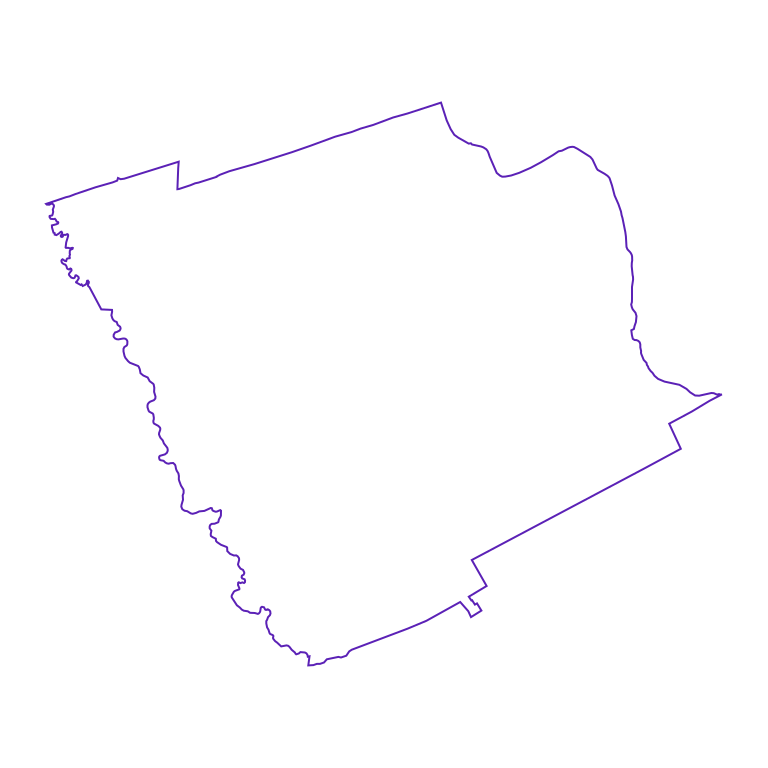 Olteni, Teleorman, Romania
{"feature_id": "2599482B69611777068875", "entity_name": "Olteni", "entity_type": "district", "adm_level": 2, "iso_a3": "ROU", "parent_name": "Romania", "parent_adm1": "Teleorman", "projection": "mercator", "projection_center": [25.276, 44.194], "detail": "fine", "context": "isolated", "style": "outline", "palette": "violet", "viewbox_px": 768, "rotation_deg": 0, "n_neighbors": 0, "source": "geoboundaries", "source_scale": "gbopen_adm2", "svg_char_len": 6015}
<svg xmlns="http://www.w3.org/2000/svg" viewBox="0 0 768 768"><path d="M680.8,448.8L669.2,423.7L691.7,411.6L709.6,400.8L721.9,394.4L720.6,394.6L719.0,394.1L717.0,394.6L713.8,393.2L711.4,393.0L699.2,395.7L695.1,395.5L690.1,392.3L686.5,388.9L679.4,384.8L664.5,381.6L658.1,378.9L654.5,375.8L652.5,372.8L650.7,371.1L648.5,368.1L648.0,366.5L646.9,364.9L646.5,362.9L643.7,359.9L641.3,354.0L641.0,352.9L641.1,351.0L640.3,347.4L640.3,344.3L639.7,342.3L638.3,340.9L636.5,340.1L634.6,340.0L632.8,338.8L631.9,335.0L631.3,330.3L633.9,329.0L634.5,326.2L635.9,322.1L636.5,316.1L635.5,312.8L632.7,309.3L631.9,307.4L631.2,304.5L631.9,302.1L632.0,299.3L632.0,286.9L633.1,279.5L633.0,276.9L632.6,275.0L631.7,266.2L631.8,263.0L632.2,260.4L632.1,256.6L631.8,255.1L631.0,253.4L630.0,252.0L627.5,249.4L626.5,247.0L625.9,236.4L625.3,232.0L622.5,218.1L621.6,215.1L621.0,211.6L618.4,204.1L614.6,195.5L612.0,185.5L609.6,178.3L609.0,177.4L607.5,175.8L604.6,173.8L597.7,169.9L596.7,168.5L592.5,159.5L590.3,156.9L577.5,148.8L574.0,147.0L572.4,146.8L570.0,147.1L568.2,147.6L561.9,150.7L558.6,151.3L552.9,155.1L540.9,162.3L530.7,167.8L519.3,172.8L511.2,175.5L505.2,176.6L502.2,176.7L500.1,175.7L496.7,172.9L489.7,156.7L488.6,153.4L487.7,151.2L486.3,149.3L483.4,147.4L481.1,146.5L472.0,144.5L470.9,143.3L468.7,143.6L458.3,137.7L454.3,134.8L450.7,129.2L446.7,120.4L441.0,102.6L407.5,113.5L393.1,117.5L373.3,124.9L360.6,128.6L351.4,132.1L335.1,136.7L310.9,145.6L291.9,152.2L254.4,164.1L229.4,171.2L220.1,174.7L216.5,176.6L216.5,176.9L198.5,182.6L195.1,183.3L190.5,185.2L179.0,189.0L177.4,189.2L178.2,168.3L178.7,161.7L124.2,178.7L120.6,179.2L118.0,178.0L117.2,180.6L112.6,182.4L95.5,187.3L75.6,194.0L69.4,196.4L66.0,197.2L46.1,203.9L46.8,204.6L49.3,204.7L51.3,203.7L52.4,203.6L53.9,205.3L53.9,206.6L52.8,209.6L53.2,211.8L52.5,214.8L52.0,215.5L49.7,215.9L49.5,216.9L50.4,218.5L50.9,218.9L53.9,219.1L54.9,218.8L55.7,219.7L56.7,221.6L58.1,222.1L58.3,222.7L58.0,223.5L56.2,224.3L51.9,225.4L52.0,227.5L53.5,232.7L54.7,233.2L54.7,234.6L56.4,235.1L58.8,233.6L60.7,231.9L61.5,231.7L62.1,232.6L62.1,233.7L60.8,235.6L60.8,236.1L61.0,236.6L61.9,237.0L62.7,236.6L63.4,235.2L63.8,234.8L65.7,234.9L67.2,234.1L67.6,234.2L68.1,234.9L68.1,236.1L66.2,242.4L65.6,247.5L66.0,247.9L68.6,247.9L69.9,248.4L72.3,247.8L72.8,248.0L72.5,248.9L70.5,249.8L69.8,250.9L69.7,253.4L70.0,254.6L69.4,256.1L69.8,257.7L69.7,258.2L67.3,258.5L66.6,259.4L66.2,261.1L65.0,261.0L62.6,259.3L61.8,259.8L61.4,260.8L61.6,261.9L62.4,263.2L64.4,264.4L65.1,264.5L65.9,265.3L66.6,266.6L66.9,268.0L67.5,268.9L69.1,269.5L70.3,268.5L71.2,268.9L71.5,269.8L71.5,270.5L69.1,273.6L68.9,274.3L69.2,275.2L71.3,277.6L73.2,278.2L74.0,278.1L74.7,277.6L75.5,275.4L76.2,275.3L77.3,276.0L78.5,277.0L78.8,278.3L77.1,281.1L76.2,281.8L76.1,282.4L80.7,285.0L81.6,284.4L82.7,286.0L85.6,284.6L86.6,283.1L87.1,280.8L87.9,280.6L88.9,282.0L88.7,283.2L87.9,284.7L88.2,286.1L89.4,287.1L101.3,309.4L112.0,309.9L112.1,311.8L111.4,315.3L112.3,318.2L113.1,319.7L114.5,321.1L116.7,322.0L117.7,324.9L120.1,326.7L120.6,328.2L120.4,329.2L119.7,330.5L116.8,332.0L115.1,332.4L113.7,334.7L113.6,336.5L113.9,337.1L115.1,338.5L116.7,339.2L118.4,339.4L123.2,338.5L124.9,338.6L126.2,339.3L127.1,340.5L127.4,341.5L127.3,344.2L127.0,345.0L126.6,345.6L124.4,347.0L123.5,348.8L123.5,351.5L124.5,355.9L125.4,357.9L128.1,361.2L129.8,362.7L138.1,366.0L138.8,366.9L139.8,369.4L140.5,373.2L143.3,375.5L147.7,377.5L149.7,381.2L153.2,383.8L153.7,384.5L154.3,387.8L154.1,391.9L155.5,396.6L155.3,398.6L153.9,400.2L150.3,401.6L148.8,402.7L147.8,404.1L147.5,405.3L147.5,407.3L148.6,410.7L149.3,411.7L152.7,413.5L153.3,414.4L153.8,417.5L153.8,419.2L153.3,421.0L153.5,422.7L154.1,423.6L158.3,425.9L160.0,427.6L160.3,428.7L160.2,429.9L159.1,433.0L159.0,434.4L159.6,436.0L160.4,437.7L162.8,440.5L163.9,443.4L167.3,447.8L167.7,449.4L167.7,450.8L166.9,452.8L164.9,454.4L160.0,455.8L159.3,456.5L159.1,457.4L159.3,458.8L159.7,459.7L160.5,460.2L163.6,460.8L165.3,462.5L167.0,463.4L168.7,463.7L170.4,463.2L173.2,463.0L175.0,464.7L175.5,466.0L176.0,468.8L176.7,470.7L178.4,473.4L178.9,476.0L178.8,479.3L179.3,481.1L181.0,485.6L183.3,489.3L183.6,490.3L183.6,493.0L182.7,495.4L183.0,499.8L181.5,504.9L181.3,506.7L182.3,509.2L184.5,510.7L187.2,511.2L190.8,513.4L192.7,513.8L196.1,512.9L199.3,511.4L204.4,510.9L210.7,508.0L211.8,508.2L212.5,510.3L213.3,510.9L215.5,511.7L216.8,511.6L220.3,510.1L221.0,510.7L220.9,515.4L220.5,516.7L218.9,519.4L218.4,521.9L218.1,522.3L214.6,523.7L211.5,523.9L210.0,525.3L209.6,526.9L209.7,528.4L211.4,530.7L210.7,534.2L210.9,535.9L212.5,537.1L215.8,538.7L216.0,540.9L217.0,542.1L221.0,544.8L226.6,547.0L227.1,547.5L227.3,551.1L230.1,553.9L233.9,555.5L236.3,555.4L237.7,556.3L239.0,558.2L239.1,559.2L239.1,560.1L238.0,564.3L238.2,565.0L238.8,566.3L240.6,568.7L243.0,569.9L244.2,572.3L244.3,573.1L243.7,574.6L241.9,575.7L241.6,577.3L242.2,578.4L244.6,579.3L245.1,580.7L244.9,582.3L244.0,583.0L242.4,582.4L240.4,583.1L238.8,582.3L238.2,582.7L238.0,585.0L239.4,588.3L239.3,589.3L235.0,590.9L233.9,591.7L231.8,595.3L231.6,596.8L231.9,597.6L236.9,605.3L239.8,607.5L241.8,609.6L243.8,610.7L247.8,611.3L250.1,612.8L254.8,613.0L257.9,613.9L259.0,613.3L259.8,612.3L260.2,611.4L260.7,608.0L261.4,607.1L262.0,606.8L264.0,607.3L265.2,609.6L265.8,609.9L266.9,609.9L267.2,609.4L267.8,609.3L269.3,610.2L270.2,611.3L270.5,613.5L269.9,615.2L268.0,617.2L267.1,619.8L266.3,621.1L266.3,623.5L267.1,627.4L268.5,629.7L269.5,633.0L270.2,634.0L272.8,635.1L273.4,636.0L273.0,638.0L273.4,639.0L275.2,641.2L277.0,642.5L281.2,646.4L286.5,645.4L288.2,645.8L289.5,646.9L291.7,649.8L294.9,652.5L295.6,653.8L296.2,654.3L298.8,653.5L300.4,652.1L304.9,652.5L306.4,653.3L307.5,655.0L307.8,656.7L309.5,656.3L308.3,665.4L313.4,665.1L316.8,663.9L319.9,663.9L324.0,662.5L326.8,659.3L338.4,656.9L341.0,657.5L346.3,655.7L349.2,651.4L351.8,649.7L407.5,628.7L426.4,620.8L460.2,602.0L468.3,611.2L471.0,617.1L481.4,610.6L477.0,603.4L474.9,604.6L472.1,600.2L471.4,600.5L468.8,596.7L486.6,586.0L471.8,560.0L645.0,468.1L680.8,448.8Z" fill="none" stroke="#5b21b6" stroke-width="2"/></svg>